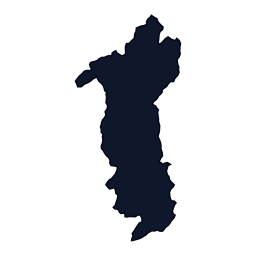 Areias, São Paulo, Brazil (Natural Earth projection)
{"feature_id": "56859067B47873164030304", "entity_name": "Areias", "entity_type": "district", "adm_level": 2, "iso_a3": "BRA", "parent_name": "Brazil", "parent_adm1": "São Paulo", "projection": "natural_earth1", "projection_center": [-44.716, -22.678], "detail": "fine", "context": "isolated", "style": "filled", "palette": "ink", "viewbox_px": 256, "rotation_deg": 0, "n_neighbors": 0, "source": "geoboundaries", "source_scale": "gbopen_adm2", "svg_char_len": 3087}
<svg xmlns="http://www.w3.org/2000/svg" viewBox="0 0 256 256"><path d="M151.4,15.4L149.8,17.6L148.0,18.9L146.6,21.6L146.7,24.3L144.2,25.6L141.4,26.0L136.4,28.0L136.0,31.5L134.9,33.5L134.2,38.6L132.1,40.2L130.5,42.0L129.2,43.4L126.5,43.6L125.5,46.5L125.5,50.9L125.7,53.7L124.3,55.0L121.8,55.9L119.4,54.5L117.0,53.0L116.0,50.9L114.0,51.6L112.2,53.1L111.8,55.9L109.0,55.6L106.5,56.4L104.3,57.4L101.7,57.4L99.0,58.9L97.4,60.5L95.2,61.3L93.2,61.8L90.8,62.4L89.6,64.5L90.5,67.1L91.8,69.3L89.6,70.7L86.9,70.4L85.2,70.9L83.5,72.0L81.9,74.0L79.8,75.7L77.6,78.3L75.5,81.2L76.6,83.5L77.8,86.8L81.4,86.7L83.2,85.0L85.2,83.7L87.8,82.7L90.2,81.3L92.0,79.8L93.4,78.6L95.0,77.9L96.6,76.5L97.6,78.9L99.0,81.3L100.9,82.8L102.9,85.1L104.1,87.8L104.8,90.8L106.5,91.8L106.1,94.4L106.6,97.0L106.4,99.3L106.0,102.6L107.7,105.7L107.2,108.6L105.1,111.8L105.7,113.7L105.7,115.8L104.2,118.0L102.5,120.2L101.6,122.5L101.2,124.8L100.5,127.0L101.4,129.6L101.2,132.3L103.1,134.2L102.4,136.5L102.8,138.8L102.9,140.9L102.4,143.1L101.4,145.6L101.4,148.3L103.5,150.9L104.4,152.7L106.4,155.6L108.8,157.7L110.0,160.3L109.9,163.4L111.1,165.5L115.1,166.0L117.3,166.7L117.3,169.1L116.3,171.8L115.1,174.5L113.4,176.4L111.9,178.4L109.3,179.9L107.5,182.1L105.9,184.7L108.0,187.3L109.6,189.0L111.8,188.4L114.5,187.7L115.6,190.8L115.8,193.3L117.8,194.9L117.7,197.2L117.1,199.8L116.0,202.7L115.5,205.1L113.3,207.3L114.7,208.8L116.7,209.0L118.6,210.0L119.4,212.1L121.0,213.5L122.9,213.2L125.1,213.6L125.0,216.6L126.9,217.0L128.6,216.6L130.4,216.5L133.0,216.6L135.4,216.7L137.2,215.3L139.7,214.7L141.3,216.7L142.0,218.9L142.0,221.9L139.4,223.0L137.4,225.8L135.9,228.1L134.3,230.7L132.2,233.7L133.2,236.0L132.1,238.0L131.6,240.6L134.6,240.0L137.6,239.1L140.0,238.4L142.2,237.2L144.4,235.8L146.4,234.5L147.9,232.8L149.7,231.9L151.8,230.7L154.3,231.0L157.5,230.0L159.7,231.1L162.6,231.1L164.3,229.0L165.6,227.3L167.9,225.6L169.7,223.5L171.1,221.2L174.2,217.4L175.1,215.1L173.3,213.8L172.3,211.3L173.3,208.1L174.6,204.8L176.0,202.9L174.3,201.1L171.7,200.9L170.4,199.0L169.8,196.0L169.4,192.3L170.8,189.2L173.3,186.7L174.2,184.8L171.6,182.3L169.6,180.0L168.9,176.6L167.3,174.8L166.4,170.9L167.3,168.0L168.0,165.5L170.4,164.4L167.6,162.6L164.7,163.2L162.3,164.4L161.2,162.7L158.9,161.9L160.9,157.8L162.5,156.0L162.1,152.4L161.4,150.3L160.8,148.2L161.0,145.6L160.5,142.7L159.5,139.9L157.9,136.7L158.8,133.4L159.4,130.8L159.5,128.0L159.7,125.8L159.1,123.8L158.4,121.4L158.5,119.1L158.1,116.8L157.8,114.2L157.5,112.1L158.4,109.9L156.8,108.1L155.7,106.1L153.8,105.2L152.4,103.9L153.7,101.5L155.9,99.9L157.4,98.0L158.8,95.6L160.8,93.9L162.3,91.7L162.0,89.6L163.9,88.4L166.7,86.3L168.2,83.9L170.6,81.5L173.7,81.5L174.5,79.0L176.2,76.9L177.8,75.0L179.0,72.4L178.5,69.6L178.7,66.8L177.8,64.8L177.2,61.0L177.6,58.7L179.3,56.7L180.2,53.5L179.7,51.5L179.9,46.9L180.5,43.6L179.2,40.6L176.8,38.4L175.1,40.7L171.3,39.2L168.1,36.9L165.4,38.7L163.0,41.4L161.6,42.8L159.6,44.3L158.2,42.9L158.5,40.5L159.1,34.2L160.1,31.6L162.5,29.6L163.1,27.1L159.2,23.4L157.8,21.4L156.9,18.7L154.6,17.6L151.4,15.4Z" fill="#0f172a" stroke="#020617" stroke-width="1.5"/></svg>